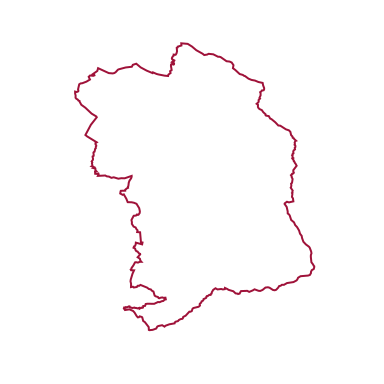 outline of Vulcana-Bai, Dâmbovita, Romania, rotated 192°
{"feature_id": "2599482B12480480579347", "entity_name": "Vulcana-Bai", "entity_type": "district", "adm_level": 2, "iso_a3": "ROU", "parent_name": "Romania", "parent_adm1": "Dâmbovita", "projection": "robinson", "projection_center": [25.367, 45.096], "detail": "fine", "context": "isolated", "style": "outline", "palette": "rose", "viewbox_px": 384, "rotation_deg": 192, "n_neighbors": 0, "source": "geoboundaries", "source_scale": "gbopen_adm2", "svg_char_len": 5969}
<svg xmlns="http://www.w3.org/2000/svg" viewBox="0 0 384 384"><g transform="rotate(192 192 192)"><path d="M233.4,335.2L232.8,333.1L236.2,331.2L236.1,330.4L236.9,329.8L235.9,326.6L236.0,324.3L236.4,323.2L236.6,322.8L238.5,322.6L238.3,321.5L238.8,321.0L239.4,319.4L239.5,318.6L239.0,317.7L236.6,317.0L236.7,316.5L237.9,315.8L238.6,314.9L236.7,314.5L236.3,314.1L236.2,313.1L236.8,312.7L238.4,313.0L239.0,312.4L238.8,310.9L237.3,307.2L237.3,306.8L238.4,306.0L238.5,305.5L237.7,303.9L239.5,301.9L239.5,300.5L243.1,300.1L249.3,300.0L251.2,300.1L255.1,300.9L255.3,300.1L261.6,301.3L268.1,303.2L273.2,305.9L276.3,304.1L276.9,302.0L282.8,300.0L289.1,296.8L289.9,296.2L291.6,293.3L292.7,292.2L294.2,291.5L298.1,291.0L309.6,293.6L309.8,290.7L313.5,286.7L312.0,286.3L311.7,285.8L312.8,285.1L315.9,284.8L317.0,283.2L315.2,280.8L318.2,278.0L321.9,275.6L323.6,275.0L324.7,273.9L324.8,268.7L324.3,267.9L324.2,266.8L325.6,265.8L327.2,265.9L326.8,264.0L325.9,262.2L325.5,260.0L324.6,259.2L322.9,258.6L322.1,257.8L321.0,257.7L320.8,257.1L318.4,254.3L313.9,252.3L306.5,247.8L301.3,246.0L300.7,245.3L304.9,236.7L308.1,225.6L306.2,224.6L295.5,220.8L296.6,219.7L296.2,218.4L295.4,217.8L295.2,217.2L295.5,216.2L295.2,214.7L295.7,214.1L295.7,211.2L296.4,210.6L296.6,210.0L295.8,207.6L295.8,206.8L296.6,206.2L296.6,205.8L295.8,204.1L295.6,203.0L296.5,201.0L295.7,200.2L295.8,199.1L294.8,197.0L295.5,196.3L292.3,195.8L292.1,195.5L293.0,194.9L291.4,194.8L290.9,193.2L289.7,192.3L291.1,191.8L290.5,189.7L288.5,190.0L287.4,190.6L287.0,189.9L287.4,188.2L280.3,190.1L278.6,189.6L276.4,189.8L273.8,189.1L271.6,190.1L266.8,189.7L264.0,190.8L260.7,191.4L254.4,195.2L254.2,194.4L254.4,192.7L255.5,190.1L255.8,188.0L255.5,184.6L255.8,183.8L255.4,182.8L256.4,182.1L257.8,180.3L257.6,179.4L261.8,178.4L262.0,178.0L261.9,175.6L259.2,174.8L258.2,175.5L254.8,171.7L252.8,168.7L248.9,169.4L246.4,169.4L243.8,168.9L240.3,165.2L239.0,162.3L238.8,160.6L239.6,158.7L240.2,158.3L241.1,158.6L241.9,157.3L244.1,156.6L245.4,152.0L244.5,150.0L244.2,148.3L241.9,146.0L239.8,145.6L238.6,144.1L237.3,143.2L237.3,141.4L234.4,141.8L231.5,132.3L229.9,132.3L229.9,130.4L236.4,130.8L236.2,128.8L236.6,127.3L237.4,126.7L237.6,125.3L235.9,124.9L235.2,123.5L234.1,122.5L233.0,122.5L231.0,120.9L229.9,120.7L229.7,120.2L231.6,116.9L229.1,115.9L228.2,114.1L227.0,113.2L228.5,112.9L230.2,111.7L232.2,111.7L233.1,111.3L234.1,107.9L235.3,105.2L235.3,104.0L235.8,103.4L235.3,102.8L232.4,103.3L233.2,99.7L233.7,93.8L233.6,91.9L232.5,89.5L231.9,86.3L230.1,87.1L229.1,86.5L226.5,87.5L225.9,88.0L226.0,88.3L225.4,89.1L224.1,89.3L223.1,90.4L215.9,89.1L214.2,88.2L211.9,88.1L210.9,87.2L209.0,86.6L207.0,82.9L205.8,82.4L203.5,82.2L202.6,81.3L201.8,81.3L200.9,82.0L199.1,82.7L198.0,82.5L196.0,83.1L195.3,81.5L196.5,80.9L197.4,79.5L199.0,78.8L200.7,77.5L202.4,77.3L205.7,74.8L212.5,73.4L214.0,72.8L214.2,70.9L216.0,70.3L215.9,68.8L216.9,68.2L217.5,68.4L219.1,66.9L219.5,67.7L221.2,66.8L222.6,67.0L223.5,66.7L224.1,67.0L226.4,66.1L229.1,66.5L229.3,67.1L229.8,67.1L231.6,65.7L232.7,65.7L232.9,65.0L234.3,65.0L234.5,64.0L233.0,62.6L228.8,64.2L224.9,63.4L223.2,62.2L220.3,59.1L218.9,58.1L217.9,58.5L217.3,59.5L215.1,59.3L214.6,59.0L212.9,55.7L211.0,54.9L206.3,50.9L205.5,48.1L204.9,48.0L201.8,49.0L198.6,51.0L198.0,53.1L197.1,53.9L193.5,55.5L190.9,54.6L190.1,55.7L186.6,57.9L181.7,59.9L181.7,60.8L181.1,61.7L178.9,62.8L178.1,64.2L176.7,65.3L175.0,66.0L174.7,66.6L174.6,68.0L172.5,69.7L169.7,74.4L168.8,74.5L167.5,75.4L167.2,77.9L166.5,78.8L161.7,81.1L161.0,82.0L160.6,82.6L161.2,83.9L161.0,84.5L160.0,85.7L159.9,87.0L158.7,88.0L158.3,89.1L158.4,89.7L156.3,91.2L156.0,91.8L156.2,92.6L155.7,93.4L154.9,93.6L153.7,95.0L152.4,95.2L152.3,96.1L151.7,96.7L151.8,98.0L150.9,100.7L149.0,102.7L146.8,102.0L143.3,103.2L141.5,103.1L139.7,103.8L139.8,105.0L137.1,104.4L136.0,103.9L130.9,103.5L128.3,101.9L126.0,102.1L125.7,101.8L124.3,102.5L123.6,105.1L123.3,105.3L117.4,106.8L115.3,106.2L112.2,108.3L110.6,109.8L106.4,109.2L104.7,109.4L102.6,110.9L100.3,113.8L97.9,114.6L96.3,114.5L92.4,113.0L90.6,113.1L89.3,113.9L87.8,116.4L87.2,118.1L85.8,118.7L84.8,119.9L82.8,120.3L80.1,122.7L74.0,125.0L71.4,127.2L70.8,128.3L70.4,130.2L68.3,132.2L61.1,134.4L59.5,135.3L58.8,137.3L59.0,138.7L58.6,140.4L56.9,142.0L56.8,144.0L57.0,144.8L57.8,145.3L58.4,146.2L60.6,148.1L62.3,153.3L62.6,155.0L62.4,156.9L63.1,158.6L65.3,162.0L66.2,162.8L69.7,164.4L72.7,166.5L74.8,169.9L75.6,171.9L77.7,173.7L79.2,176.5L81.9,179.5L84.2,181.1L85.9,183.5L89.2,185.3L91.5,189.3L92.4,190.2L93.9,190.9L94.4,193.0L96.3,197.1L99.0,199.6L98.9,200.2L97.1,202.2L95.0,202.0L90.9,203.9L91.9,206.7L93.2,208.0L93.4,211.1L94.0,211.8L93.6,212.4L93.9,213.1L93.8,214.3L96.3,216.7L96.1,217.1L96.2,219.1L96.8,220.8L96.2,221.5L96.1,222.4L96.3,225.6L97.6,227.3L97.7,228.0L98.7,229.0L97.9,230.0L98.0,230.4L97.6,230.9L96.9,231.1L96.4,232.0L97.3,233.4L97.4,234.5L95.1,239.4L96.7,241.3L97.5,241.9L98.1,242.9L98.8,243.2L98.9,243.9L100.8,245.6L100.1,246.3L100.9,246.7L101.2,248.5L101.6,248.7L101.3,249.3L101.6,249.7L101.4,250.5L100.8,250.9L101.4,252.8L101.2,253.8L100.1,255.1L100.7,256.5L100.3,257.1L100.3,257.9L100.6,258.9L101.5,259.5L101.3,260.3L101.9,261.8L101.4,263.5L100.9,263.8L103.0,265.0L103.6,265.7L104.8,266.0L105.2,267.1L106.9,268.3L108.3,271.3L110.1,272.5L113.1,272.8L119.4,275.2L121.4,275.0L125.0,277.5L129.4,279.8L130.8,280.1L132.7,282.2L135.5,282.1L136.0,282.4L136.2,283.3L138.9,284.9L140.7,286.6L143.3,287.2L144.6,288.1L145.2,288.9L145.6,291.0L147.1,291.7L145.7,293.6L145.6,294.6L146.0,295.7L144.9,297.5L145.6,298.0L145.0,300.8L145.5,303.0L146.1,303.8L145.0,305.0L144.8,305.8L143.1,306.4L142.8,307.2L143.0,308.6L144.6,311.1L145.6,313.4L149.9,313.4L153.6,314.1L157.0,314.0L160.3,314.6L164.2,316.4L165.0,316.4L166.7,317.1L169.9,317.3L175.1,320.4L177.7,321.6L177.8,324.7L180.1,326.9L182.3,327.4L185.4,327.1L192.0,329.9L193.4,330.0L194.6,329.7L199.8,331.1L204.5,330.6L205.7,329.6L208.5,328.5L210.5,329.5L217.3,331.6L222.3,334.3L227.0,336.0L233.4,335.2Z" fill="none" stroke="#9f1239" stroke-width="2"/></g></svg>